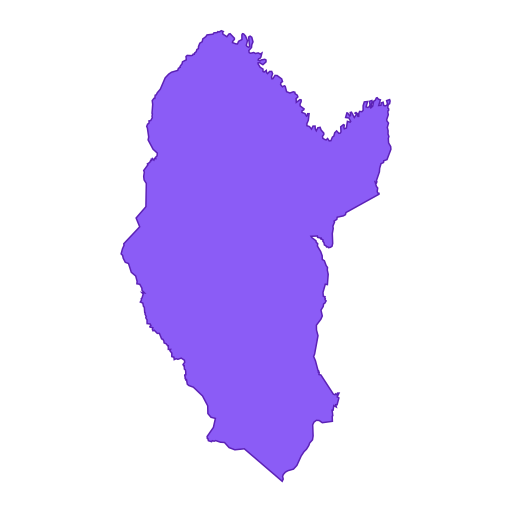 the district of Chatturat, Chaiyaphum, Thailand
{"feature_id": "78962969B33448846047594", "entity_name": "Chatturat", "entity_type": "district", "adm_level": 2, "iso_a3": "THA", "parent_name": "Thailand", "parent_adm1": "Chaiyaphum", "projection": "equal_earth", "projection_center": [101.87, 15.566], "detail": "fine", "context": "isolated", "style": "filled", "palette": "violet", "viewbox_px": 512, "rotation_deg": 0, "n_neighbors": 0, "source": "geoboundaries", "source_scale": "gbopen_adm2", "svg_char_len": 6007}
<svg xmlns="http://www.w3.org/2000/svg" viewBox="0 0 512 512"><path d="M208.4,440.7L211.6,441.7L212.3,440.7L214.1,441.2L215.7,440.6L220.4,442.2L224.5,442.5L229.1,447.6L234.8,449.8L244.3,448.8L282.2,481.3L283.2,479.1L282.6,476.4L283.3,474.5L285.3,472.2L287.9,470.7L293.5,469.1L296.9,465.4L301.2,455.9L304.0,451.7L306.5,449.2L308.8,445.5L309.6,443.1L312.5,439.8L313.1,435.9L312.7,424.8L314.0,422.1L316.4,420.3L319.2,420.5L322.3,422.7L332.4,421.3L332.2,416.2L332.8,415.7L332.1,410.2L333.1,410.2L333.8,405.6L336.3,407.0L335.7,404.7L337.1,404.7L338.9,397.9L337.2,396.9L339.0,393.1L337.5,393.1L337.0,394.9L335.7,393.8L335.0,394.7L333.4,394.2L320.9,375.0L319.0,374.5L319.2,372.2L318.3,372.1L318.5,370.6L318.0,370.5L315.4,360.6L313.6,356.5L314.6,354.1L318.0,335.7L316.5,330.1L316.4,325.2L320.9,319.2L322.3,316.0L321.0,310.1L323.2,306.5L323.6,303.9L324.8,303.2L326.1,300.9L325.0,299.6L325.3,298.3L324.6,297.7L325.0,296.7L323.3,296.2L323.0,292.4L325.3,284.2L327.4,284.6L328.2,274.3L327.3,270.1L327.5,267.4L326.2,265.7L324.4,260.8L322.3,259.4L322.2,255.8L320.7,251.6L317.4,246.0L317.7,243.6L316.3,242.4L315.9,240.7L311.8,237.6L311.0,236.3L317.4,236.0L317.6,237.4L320.2,237.9L320.7,238.8L321.4,238.3L321.7,239.3L323.0,239.9L322.9,241.4L323.9,242.5L324.4,245.0L325.8,245.7L326.6,247.0L327.7,246.8L328.5,247.7L330.4,247.3L332.0,246.3L332.7,243.4L332.3,233.6L333.2,228.6L332.9,226.1L334.5,222.2L334.1,221.1L336.8,219.4L337.2,217.2L343.3,215.9L345.4,214.7L346.0,212.5L379.0,194.2L379.0,193.3L377.7,192.9L377.2,191.4L377.7,188.0L376.4,186.4L375.2,182.1L376.5,182.9L376.9,181.8L376.4,180.7L379.4,171.9L379.7,168.2L381.0,163.7L383.5,162.5L383.7,160.8L387.0,159.6L390.9,149.3L390.7,146.6L388.6,142.9L388.3,138.5L388.9,136.5L388.0,134.0L388.1,130.7L387.3,127.5L388.5,123.1L386.9,120.9L386.7,119.6L388.3,114.7L387.8,112.1L388.0,110.8L388.6,110.5L388.7,108.9L387.8,108.0L387.9,105.8L388.5,104.4L389.6,103.7L390.1,101.0L389.6,99.6L386.6,100.6L387.4,103.6L386.8,105.3L385.1,105.9L383.8,105.5L383.1,102.2L381.2,102.9L380.9,105.3L378.7,105.5L380.4,99.8L378.4,99.2L377.2,97.7L376.4,97.9L375.2,100.3L373.7,101.2L372.7,106.2L370.8,107.9L370.4,107.3L371.3,106.0L371.3,104.3L372.2,101.9L371.9,100.5L369.5,101.3L370.0,104.9L369.1,106.8L367.8,107.5L366.1,106.9L367.6,101.5L364.3,101.9L363.1,105.7L363.1,110.4L361.8,111.7L359.6,111.4L358.8,113.3L358.7,116.4L357.9,116.4L357.4,113.6L356.0,112.5L355.0,113.1L356.1,113.9L356.1,115.0L354.3,117.5L351.5,112.2L350.2,112.5L350.6,115.2L349.9,116.1L347.6,113.0L346.9,112.9L345.6,117.5L348.9,118.0L350.7,121.4L350.1,122.2L347.4,121.3L346.4,128.0L344.3,128.8L343.9,127.2L344.4,125.1L343.4,124.6L340.7,126.8L341.0,131.8L340.1,133.2L338.9,133.4L336.6,130.9L334.7,132.8L333.8,136.1L332.4,137.1L330.9,140.7L329.2,140.9L327.6,138.5L326.2,139.9L325.0,139.6L322.8,138.3L322.5,136.2L323.8,134.6L323.8,133.1L321.1,130.0L320.1,127.3L317.8,127.8L316.3,130.8L315.3,129.0L315.1,126.1L313.0,126.1L311.5,129.1L309.5,126.6L306.9,125.7L306.9,123.6L308.3,120.3L309.1,113.7L307.6,113.7L307.2,115.8L306.5,116.2L305.0,113.6L301.9,112.4L302.1,110.7L303.7,109.9L304.1,108.9L300.2,106.0L300.0,104.1L301.1,101.8L301.2,100.0L300.0,99.6L296.3,102.4L296.1,98.5L297.7,97.3L297.8,96.5L297.1,95.0L295.2,93.8L294.8,92.2L293.3,91.8L289.9,93.0L286.6,91.7L285.2,86.3L284.3,85.8L282.4,86.8L280.6,84.6L280.9,82.7L282.5,81.6L281.7,78.9L277.1,75.5L275.0,75.4L272.9,78.7L271.9,78.8L271.5,76.8L272.6,73.7L271.7,71.4L269.7,71.4L267.5,73.6L266.6,72.6L266.3,70.4L264.2,72.0L263.0,71.5L263.0,69.1L260.1,67.2L258.1,63.9L258.1,62.8L259.5,62.7L262.9,64.7L266.0,61.9L266.0,60.0L264.8,59.3L261.3,59.9L260.0,60.9L258.1,60.0L258.6,58.8L259.9,58.4L260.9,57.0L261.9,53.0L260.3,54.0L258.2,52.9L255.5,53.5L253.7,52.5L250.6,53.3L249.2,52.6L248.8,50.6L251.5,47.5L251.8,44.7L253.0,41.9L251.8,37.3L250.1,36.1L248.6,37.1L249.6,46.6L248.6,47.3L246.9,46.3L246.3,45.2L247.5,40.7L245.5,36.0L243.6,33.9L242.5,33.7L241.9,34.8L241.9,39.5L238.6,41.3L237.5,43.9L236.0,43.9L232.5,42.6L232.7,41.4L234.4,39.4L234.4,38.2L230.1,33.7L228.9,34.0L226.9,36.7L223.0,34.2L222.6,32.4L223.3,31.5L221.3,30.7L219.0,32.0L217.9,31.6L217.0,32.6L214.0,32.8L212.9,34.2L207.0,34.9L205.8,36.7L202.8,38.9L202.2,41.7L199.8,43.2L198.5,46.5L198.4,48.6L196.9,49.5L196.2,51.7L194.7,52.9L194.3,54.2L193.2,54.1L192.5,55.3L191.1,55.6L187.2,55.4L186.0,56.5L186.3,59.8L182.5,61.8L182.1,63.7L180.0,66.5L180.2,67.3L178.4,68.3L177.7,70.4L171.5,72.2L168.7,74.1L165.2,77.8L160.3,89.2L157.3,92.7L156.3,94.8L155.2,95.2L154.8,98.4L154.0,98.3L152.2,100.6L152.7,104.3L152.0,113.3L152.4,114.0L152.0,116.3L152.3,117.8L150.7,120.5L148.9,121.0L149.2,121.8L148.8,123.4L147.6,124.1L146.7,126.4L147.4,128.1L148.7,137.0L148.1,139.9L153.1,149.3L157.3,153.1L157.1,155.8L155.3,157.6L155.7,158.6L154.5,158.6L153.9,160.1L152.4,158.6L152.1,159.6L151.4,159.3L151.3,160.5L150.7,160.4L149.7,162.4L147.4,163.9L147.9,164.8L143.7,170.5L144.3,172.1L143.7,176.4L144.1,179.9L146.3,183.4L145.9,206.7L136.1,218.0L139.7,226.8L123.8,243.7L124.0,245.4L122.5,248.7L121.1,253.9L122.6,255.4L123.2,258.2L125.3,262.3L128.5,263.5L131.3,272.3L135.7,276.0L137.1,281.3L136.9,283.8L139.8,284.3L141.9,288.2L142.0,290.3L144.5,292.9L141.8,292.5L143.2,294.0L142.0,298.0L141.3,298.6L141.4,300.2L140.3,302.0L142.8,303.1L143.5,306.5L144.3,307.2L144.7,312.5L145.3,313.0L145.0,314.0L146.2,316.6L145.8,317.4L146.1,318.5L147.0,319.6L147.1,323.6L150.2,324.0L150.9,325.5L149.9,326.4L150.0,327.1L152.8,327.7L152.4,329.5L153.0,330.8L154.3,330.3L157.3,333.4L159.4,333.4L161.6,338.9L162.9,339.3L163.9,341.1L164.1,342.9L166.2,343.8L167.7,345.8L168.3,345.7L168.3,349.4L170.6,349.4L169.9,350.7L171.8,353.1L171.8,356.6L173.9,357.2L174.2,359.6L176.1,358.7L177.9,359.3L181.2,358.1L184.4,360.2L184.7,362.3L183.0,364.5L183.6,365.7L184.2,365.6L184.4,369.1L185.3,369.7L185.7,371.4L185.8,374.7L184.9,374.8L184.7,375.6L185.3,377.5L185.0,378.0L185.9,380.0L186.5,379.6L187.3,384.2L188.8,385.5L193.4,387.2L202.5,395.9L207.7,405.8L207.9,413.6L211.0,417.3L215.4,418.4L213.4,427.4L207.1,436.5L207.3,438.4L207.9,438.6L208.4,440.7Z" fill="#8b5cf6" stroke="#5b21b6" stroke-width="1.5"/></svg>